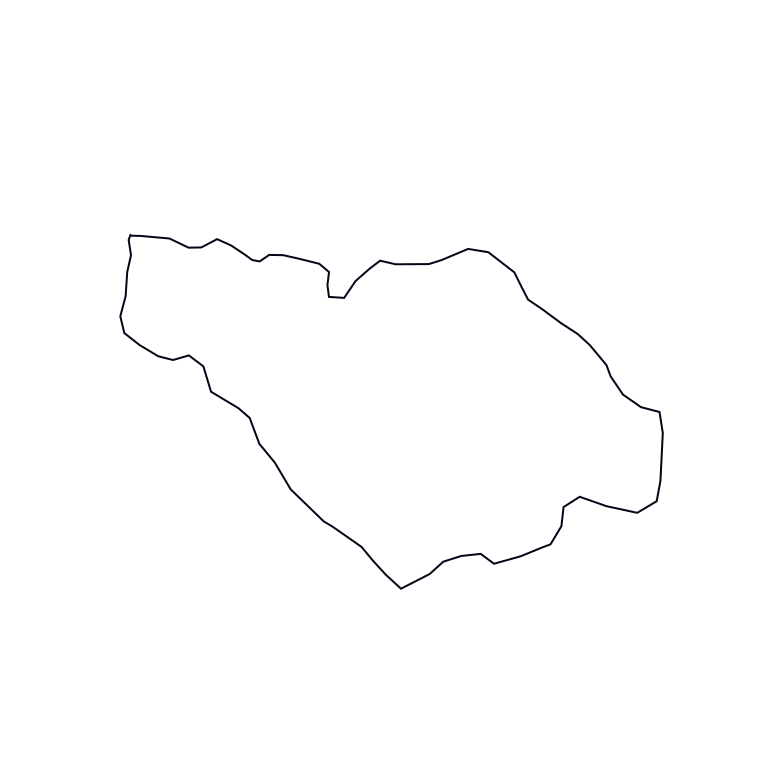 Mouttagiaka, Limassol, Cyprus (Equal Earth projection), rotated 121°
{"feature_id": "46923920B33909276887378", "entity_name": "Mouttagiaka", "entity_type": "district", "adm_level": 2, "iso_a3": "CYP", "parent_name": "Cyprus", "parent_adm1": "Limassol", "projection": "equal_earth", "projection_center": [33.106, 34.719], "detail": "fine", "context": "isolated", "style": "outline", "palette": "ink", "viewbox_px": 768, "rotation_deg": 121, "n_neighbors": 0, "source": "geoboundaries", "source_scale": "gbopen_adm2", "svg_char_len": 1196}
<svg xmlns="http://www.w3.org/2000/svg" viewBox="0 0 768 768"><g transform="rotate(121 384 384)"><path d="M386.9,678.1L392.1,677.0L403.9,667.2L420.2,661.8L441.8,650.7L461.8,644.9L463.0,643.7L474.1,632.8L476.5,613.5L476.5,591.8L472.1,577.2L460.0,566.0L461.9,547.9L479.7,528.3L479.7,496.2L482.3,481.6L499.5,460.0L507.7,436.9L522.4,409.7L532.8,364.9L532.8,364.5L532.8,354.6L535.2,319.4L541.3,302.0L546.6,284.1L550.7,264.0L550.5,263.9L523.4,247.0L505.8,241.7L491.6,229.2L479.8,213.6L481.4,197.1L461.0,177.9L443.5,164.9L435.7,158.7L431.8,158.7L414.5,158.7L397.0,166.7L379.9,158.2L374.2,130.5L364.0,100.6L344.0,89.9L324.8,97.1L287.2,117.2L282.4,119.8L266.1,133.4L270.1,147.1L271.5,151.8L270.0,173.7L260.7,193.7L253.2,203.1L249.6,213.3L244.6,227.9L241.4,243.6L240.7,263.2L238.4,287.1L237.5,303.9L229.9,316.2L221.2,329.7L217.3,362.4L224.9,381.5L248.3,398.6L258.1,407.3L275.4,435.7L280.3,450.8L291.6,455.4L310.3,461.4L330.7,462.5L337.7,476.0L328.4,483.4L316.3,488.8L314.3,501.4L320.5,521.7L325.5,536.8L332.5,548.9L343.0,553.7L345.6,560.9L344.8,569.4L344.0,586.3L345.8,601.7L361.0,610.9L367.8,621.7L369.8,642.9L382.7,669.4L386.9,676.7L386.9,678.1Z" fill="none" stroke="#020617" stroke-width="2"/></g></svg>